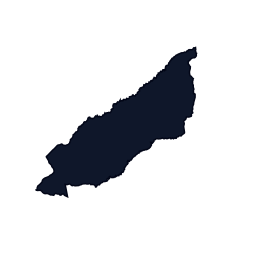 the district of Metarica, Niassa, Mozambique, rotated 307°
{"feature_id": "85939544B27352268742856", "entity_name": "Metarica", "entity_type": "district", "adm_level": 2, "iso_a3": "MOZ", "parent_name": "Mozambique", "parent_adm1": "Niassa", "projection": "mercator", "projection_center": [37.03, -14.331], "detail": "fine", "context": "isolated", "style": "filled", "palette": "ink", "viewbox_px": 256, "rotation_deg": 307, "n_neighbors": 0, "source": "geoboundaries", "source_scale": "gbopen_adm2", "svg_char_len": 5905}
<svg xmlns="http://www.w3.org/2000/svg" viewBox="0 0 256 256"><g transform="rotate(307 128 128)"><path d="M157.4,176.0L158.1,176.0L158.7,175.6L162.7,171.5L165.2,170.4L167.0,168.3L167.9,168.2L168.6,168.7L170.0,168.8L172.0,168.0L173.4,170.0L175.3,171.4L175.7,171.4L176.3,171.1L177.0,170.3L177.6,170.1L179.1,170.6L179.6,170.0L180.0,168.6L181.0,168.7L181.6,168.4L182.2,168.3L182.8,167.5L184.7,166.4L186.1,166.2L188.1,165.0L192.9,163.1L195.4,161.2L195.3,160.3L194.8,159.8L194.9,159.5L196.1,158.8L197.0,157.8L198.5,157.3L199.0,156.8L200.0,155.4L201.5,154.3L202.1,153.0L203.1,152.4L203.5,151.6L204.7,151.4L206.1,150.6L206.7,150.5L206.8,149.1L207.3,147.2L207.1,146.6L207.2,145.9L209.0,143.9L210.5,142.9L212.8,142.0L214.5,140.9L214.6,139.9L215.1,139.3L215.2,137.9L215.5,137.4L216.2,137.2L216.8,136.4L217.7,136.0L218.7,136.6L220.5,136.6L222.2,137.0L223.2,137.7L224.0,138.7L224.7,139.1L226.3,139.2L227.1,138.9L227.8,138.2L228.8,137.9L229.0,137.7L228.8,136.9L230.2,135.8L230.2,135.1L230.7,134.9L231.4,134.9L232.9,133.5L232.1,133.1L231.7,132.3L230.9,132.2L230.2,132.4L229.1,132.1L227.3,129.6L226.6,129.3L225.9,129.6L225.2,128.8L224.5,128.7L224.1,128.9L223.0,128.4L222.7,127.5L221.4,126.9L220.1,125.4L219.7,125.3L219.2,124.8L218.0,124.4L217.4,123.7L216.7,123.5L216.1,123.7L215.4,122.7L213.5,122.5L212.5,121.9L211.9,122.3L210.2,121.3L209.7,121.3L209.5,121.6L209.3,121.4L208.5,121.5L208.1,121.3L207.4,121.5L207.0,121.3L205.5,121.6L204.4,121.4L202.7,122.4L200.8,121.0L199.6,121.1L199.2,121.4L198.2,121.8L198.1,122.2L197.7,122.2L196.9,123.2L195.8,122.7L196.3,121.8L195.6,120.9L195.2,121.3L194.8,121.1L194.6,121.4L193.4,121.3L193.0,121.0L193.3,120.4L193.1,120.0L191.2,120.1L190.1,119.1L189.6,119.5L189.1,120.6L188.8,120.5L188.5,119.5L188.1,119.4L186.8,119.6L185.0,120.6L184.4,120.6L184.1,120.2L184.5,119.6L184.1,119.1L184.1,118.5L181.2,119.0L180.1,119.0L179.8,118.8L179.9,118.0L179.3,117.8L178.1,118.1L177.2,117.1L176.6,117.7L175.5,117.4L174.8,116.6L174.4,115.7L173.0,115.9L172.5,115.5L172.1,114.7L170.8,115.3L170.3,115.9L169.1,114.8L168.1,114.5L167.8,114.0L167.2,113.7L166.3,113.9L165.4,113.8L164.8,114.8L164.4,115.0L164.0,114.6L162.0,114.2L160.9,115.0L159.4,114.2L157.7,114.4L157.3,113.1L157.2,112.6L157.5,112.2L157.3,111.9L156.9,111.8L156.7,112.0L155.6,112.0L153.8,110.4L152.8,111.0L151.9,110.9L151.1,110.0L150.9,109.1L150.3,109.1L149.8,109.5L149.2,109.3L148.3,107.4L147.5,107.2L147.1,107.7L146.6,107.5L146.2,106.6L144.9,105.8L145.0,105.3L145.4,105.0L143.4,105.2L142.9,104.7L142.6,104.0L141.5,104.0L140.0,104.4L139.7,104.0L139.8,103.2L138.4,102.0L137.7,102.2L137.2,102.7L136.6,102.6L135.5,103.8L134.6,104.5L134.3,104.4L133.8,103.8L132.8,103.6L132.4,103.6L132.1,104.2L131.4,104.6L129.4,104.5L129.0,103.3L128.2,102.9L127.5,102.0L126.1,101.6L126.2,100.5L124.8,100.9L124.0,100.9L123.1,100.1L122.3,100.6L121.0,99.9L120.4,99.3L120.3,98.3L119.5,98.2L119.0,97.5L118.9,96.9L119.3,96.9L119.5,96.1L119.1,96.3L118.5,96.1L117.9,95.5L117.9,95.2L118.3,95.1L118.2,94.9L114.9,94.8L114.4,94.4L114.3,93.9L113.9,93.8L114.0,93.5L113.4,92.4L113.1,92.3L113.2,91.9L113.4,91.4L113.2,91.1L113.5,90.8L112.6,90.1L111.5,90.2L110.3,91.0L109.5,90.7L108.4,90.9L107.3,90.5L106.8,89.6L106.4,89.4L105.7,89.4L105.1,89.8L104.1,89.6L103.8,89.8L102.9,89.6L102.6,89.2L101.3,89.1L100.7,89.4L100.2,88.4L99.6,88.1L98.8,88.4L97.5,88.4L96.2,89.5L94.8,89.7L94.4,89.6L93.4,88.8L91.1,88.8L89.5,88.3L88.5,89.0L87.3,89.4L85.4,89.4L84.5,89.0L84.1,89.0L83.4,89.6L80.5,90.5L78.6,90.1L77.0,88.9L76.4,88.8L76.0,87.8L75.3,86.9L75.4,85.2L75.1,84.5L73.4,83.6L72.4,82.5L71.6,82.1L66.9,81.6L65.3,81.2L56.8,80.2L56.6,80.0L55.8,80.1L54.1,84.3L52.7,85.9L52.3,89.2L51.3,90.6L50.9,92.6L50.0,94.1L48.1,95.6L44.9,95.1L43.5,94.3L41.6,94.0L37.9,91.7L36.3,91.2L34.9,91.1L33.4,91.8L32.4,91.8L29.8,91.5L27.4,90.9L25.5,91.5L24.3,92.4L23.8,92.3L23.2,91.9L23.1,92.2L23.9,93.7L24.6,94.3L25.6,95.8L25.6,97.7L25.2,98.4L25.3,100.5L25.9,101.6L26.8,102.5L27.5,103.8L27.9,106.3L28.7,107.4L29.6,109.2L30.7,109.0L32.2,109.5L32.9,111.5L33.7,112.4L33.5,113.7L33.7,114.4L34.2,114.9L35.6,115.2L36.4,116.1L36.5,116.6L36.0,117.7L36.7,121.1L45.2,111.7L45.9,113.2L46.6,113.9L48.2,114.8L48.3,118.1L49.5,119.1L49.9,120.4L52.5,123.4L53.2,123.5L54.4,124.6L56.1,125.4L57.3,126.9L57.9,127.4L58.3,128.4L59.3,129.9L60.4,130.6L60.7,131.7L60.4,132.4L61.3,133.3L62.4,135.3L62.1,136.6L61.4,137.5L61.5,137.9L62.3,138.1L63.7,137.8L64.7,138.4L65.5,139.4L66.3,139.2L67.1,139.5L67.9,139.5L69.1,140.3L69.9,140.2L71.7,142.1L73.2,143.2L73.7,143.2L73.8,142.6L74.6,142.0L75.5,142.2L75.7,142.9L75.5,143.3L76.3,143.5L76.7,143.5L77.4,142.4L78.3,142.6L78.7,143.0L78.3,144.1L78.6,144.8L79.0,145.4L79.5,145.5L79.9,146.5L80.7,146.6L81.1,147.2L81.6,146.9L82.6,146.8L82.3,147.7L83.0,147.9L83.5,148.3L84.2,148.5L84.2,149.1L84.5,149.4L85.5,149.0L86.1,149.2L86.3,149.9L86.6,150.4L87.3,150.3L87.9,149.6L89.0,149.7L89.5,150.6L90.8,150.5L91.9,150.0L93.0,150.1L94.2,148.9L94.8,149.2L96.4,149.1L97.3,148.9L98.6,149.3L99.8,149.2L100.1,149.1L100.0,148.4L100.4,147.9L100.9,147.6L101.1,147.8L101.6,147.9L101.7,147.5L101.9,147.4L102.2,147.8L101.7,148.7L102.1,149.2L102.5,149.2L102.6,148.9L103.8,149.2L104.3,149.8L104.9,149.6L105.9,149.8L106.3,149.5L108.0,149.7L108.6,150.0L109.4,150.0L110.2,150.6L111.1,150.4L112.7,151.0L113.5,150.9L114.8,151.9L116.3,151.0L116.9,151.6L116.5,152.0L116.7,152.4L118.0,152.5L118.5,153.2L120.3,154.0L120.3,154.5L121.2,154.9L121.9,155.9L124.2,157.0L126.1,157.3L128.4,157.0L130.2,154.6L130.5,154.9L130.6,155.5L130.0,156.3L130.2,156.6L133.0,156.7L133.6,156.2L134.4,156.1L134.8,156.6L136.2,156.9L136.6,157.2L137.2,157.8L137.4,158.6L139.1,160.5L140.8,161.6L141.0,163.1L141.2,163.4L141.8,163.5L142.3,164.1L142.8,165.3L143.5,166.1L144.9,166.8L145.2,167.8L145.7,167.9L145.6,168.5L145.3,168.8L146.0,169.4L147.0,169.5L146.8,170.8L148.3,171.4L148.5,172.4L148.9,172.7L149.8,172.4L150.4,172.6L151.4,173.4L152.0,173.3L152.6,173.6L153.7,175.2L154.4,175.3L155.1,175.2L157.4,176.0Z" fill="#0f172a" stroke="#020617" stroke-width="1.5"/></g></svg>